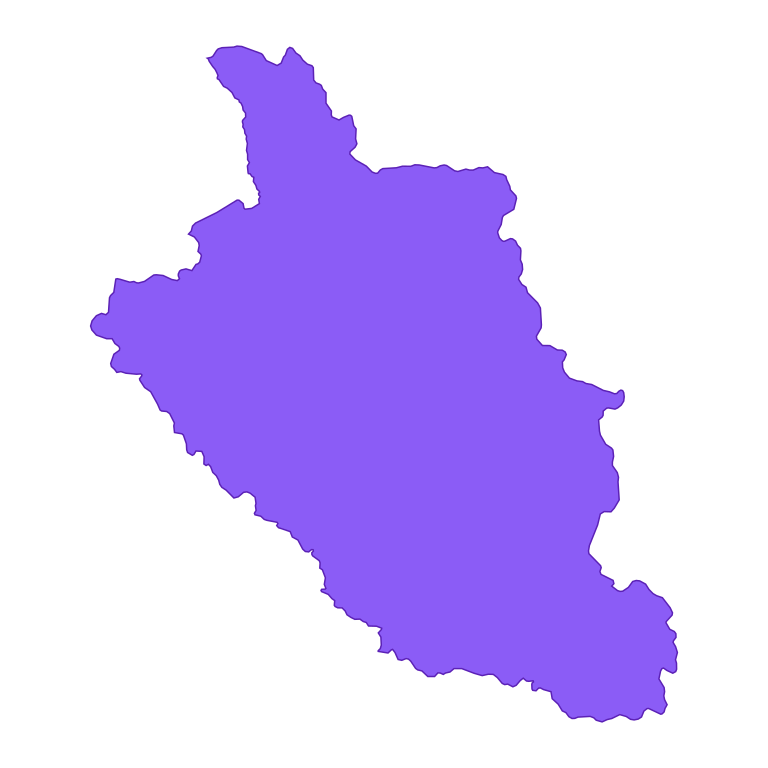 Churcampa, Huancavelica, Peru
{"feature_id": "86281439B50085873664209", "entity_name": "Churcampa", "entity_type": "district", "adm_level": 2, "iso_a3": "PER", "parent_name": "Peru", "parent_adm1": "Huancavelica", "projection": "albers", "projection_center": [-74.502, -12.598], "detail": "fine", "context": "isolated", "style": "filled", "palette": "violet", "viewbox_px": 768, "rotation_deg": 0, "n_neighbors": 0, "source": "geoboundaries", "source_scale": "gbopen_adm2", "svg_char_len": 6082}
<svg xmlns="http://www.w3.org/2000/svg" viewBox="0 0 768 768"><path d="M619.8,714.6L626.3,716.5L630.5,719.3L634.1,719.9L638.2,719.1L641.5,717.0L643.9,711.1L647.0,708.6L648.7,708.5L660.8,714.2L662.2,713.8L664.1,711.9L665.0,708.5L667.1,704.7L664.6,699.7L663.8,695.9L664.6,691.7L664.1,687.5L658.9,678.9L660.6,671.0L662.0,668.5L663.6,668.1L666.8,670.4L672.8,673.2L675.7,671.6L676.6,669.3L676.5,663.1L675.5,659.8L677.4,652.5L675.6,646.7L673.1,642.4L673.4,640.9L676.0,637.4L675.9,633.7L674.3,631.5L669.8,629.3L666.0,622.8L666.2,621.6L672.1,615.1L672.5,612.8L670.1,607.7L662.4,597.7L656.6,595.7L653.0,593.6L649.0,589.5L645.6,584.1L639.7,580.9L636.2,580.5L632.7,581.5L628.4,587.4L622.7,591.2L620.1,591.4L617.5,590.6L611.7,586.1L613.9,583.7L613.1,580.4L601.0,574.4L599.9,571.5L601.2,567.7L600.6,565.7L588.9,553.7L588.5,550.9L589.4,545.5L597.6,525.0L600.3,514.0L604.1,511.6L611.0,511.8L614.3,508.1L619.2,499.9L618.0,481.8L618.5,477.3L617.3,472.6L612.4,465.5L612.4,462.1L613.6,456.4L612.9,450.0L611.5,448.1L605.7,444.3L600.4,435.1L599.5,431.2L598.6,419.9L602.2,417.0L603.1,415.3L603.2,411.1L606.6,408.2L608.4,407.9L615.0,409.1L617.7,407.9L621.3,405.0L623.7,401.1L624.2,396.8L623.7,392.6L622.6,390.6L620.9,390.1L618.8,391.3L616.8,393.5L614.5,393.8L609.4,391.8L603.3,390.4L591.7,384.5L585.9,383.5L582.6,381.6L577.0,380.9L569.4,378.1L564.4,372.1L562.7,367.8L562.4,361.9L564.1,359.9L566.3,354.6L565.2,352.0L562.3,350.2L557.4,350.0L549.9,345.6L542.4,345.5L536.8,339.2L536.4,336.2L541.1,327.9L541.4,324.9L540.4,308.0L537.6,302.9L527.5,292.7L526.0,287.2L521.9,284.5L518.6,279.3L518.9,277.1L521.3,273.9L522.6,269.5L522.2,264.2L520.4,259.9L520.9,250.9L520.5,248.3L517.5,245.2L515.6,241.1L512.6,238.9L510.4,238.6L504.8,241.2L503.3,241.3L501.8,240.5L499.4,237.9L497.7,232.8L497.8,231.2L501.2,224.5L502.4,217.4L503.5,215.5L513.8,209.3L516.5,198.4L515.9,195.9L510.4,189.9L509.8,186.3L506.7,179.7L505.9,176.4L503.0,174.5L494.4,172.6L487.6,166.8L482.9,167.9L478.9,167.6L473.2,170.1L469.8,170.1L465.9,169.1L457.9,171.5L454.6,170.8L446.6,165.5L444.1,165.0L440.2,165.8L436.9,167.6L434.2,167.9L419.4,165.0L414.8,164.8L410.8,166.3L402.5,166.2L396.3,167.8L382.8,168.6L380.3,170.0L377.6,173.2L375.4,173.3L372.1,172.0L366.3,166.1L355.4,159.9L349.8,154.0L350.1,151.7L355.1,147.2L356.9,143.8L355.6,138.9L356.1,128.9L353.7,125.7L351.8,116.4L350.6,115.3L349.1,115.1L343.5,117.4L339.0,120.0L332.0,116.9L331.3,114.9L331.4,111.0L326.0,103.2L326.0,92.7L322.7,89.1L321.3,85.4L319.6,84.2L316.0,82.9L313.7,80.1L313.3,67.6L311.9,65.7L307.4,64.2L302.8,60.1L300.0,55.8L295.9,53.0L292.6,48.4L289.8,47.4L287.4,49.3L285.3,55.2L283.6,57.0L281.2,63.1L277.1,65.5L266.3,60.6L262.5,54.6L261.2,53.6L241.8,46.5L237.0,46.1L233.7,47.1L222.0,47.7L218.2,48.9L216.6,50.5L213.1,56.0L211.3,57.3L207.3,58.2L208.3,58.9L209.2,61.3L212.7,66.5L215.1,69.3L216.8,72.6L218.0,75.5L217.2,77.7L217.4,78.8L219.0,79.6L223.6,86.4L227.3,88.2L232.0,92.5L234.8,97.9L238.9,99.9L239.3,101.9L241.0,103.1L242.6,106.5L243.1,110.0L245.5,113.0L245.7,117.0L242.6,120.4L242.4,121.9L243.1,124.2L242.8,126.9L244.5,129.6L244.9,133.3L246.6,136.1L246.2,139.1L247.4,143.5L246.5,150.4L247.6,154.1L247.6,159.6L249.4,162.6L247.4,166.0L248.1,172.8L248.4,173.6L250.1,173.8L252.0,176.5L253.8,177.3L253.4,181.6L255.9,185.4L256.9,189.0L259.5,191.5L259.6,192.6L258.6,193.2L258.7,194.9L260.3,196.4L258.7,199.3L259.4,203.6L251.7,208.4L245.1,209.2L244.0,208.2L243.1,203.6L239.0,200.2L237.1,200.1L216.7,212.6L195.6,223.0L192.5,226.1L191.3,231.0L188.5,234.1L194.4,237.0L198.7,242.6L199.2,245.6L198.0,251.5L200.8,254.1L201.4,255.8L199.7,262.2L197.8,263.9L196.0,264.4L191.9,270.6L186.0,268.9L181.2,270.0L179.6,271.1L178.3,274.0L178.3,275.9L179.5,278.7L177.3,280.6L171.7,279.5L163.1,275.5L156.4,274.8L153.8,275.0L144.5,281.4L138.5,283.0L136.6,282.8L133.9,281.5L129.8,282.2L120.1,279.3L117.2,278.7L115.8,279.1L113.8,292.4L110.6,295.5L109.5,297.7L108.5,312.3L105.9,314.7L101.5,313.4L96.4,315.7L92.1,320.8L90.6,326.0L91.9,330.0L96.4,335.1L106.6,338.7L112.1,338.7L114.9,343.5L118.8,346.4L119.7,348.1L119.4,350.3L113.9,354.2L110.7,363.5L111.4,366.5L114.6,369.4L116.8,372.4L120.9,371.6L125.9,373.2L136.5,374.2L140.7,373.9L141.8,374.7L141.8,375.8L139.5,378.8L139.9,380.3L144.6,387.5L150.7,391.7L157.6,404.2L160.1,410.0L161.6,411.0L166.7,411.5L169.7,413.6L174.4,423.0L173.8,425.9L174.5,432.5L181.9,433.8L183.4,435.1L186.4,443.8L186.7,449.8L187.6,452.5L192.3,455.3L193.9,454.5L196.0,451.0L201.8,451.4L204.1,456.7L203.9,464.0L206.1,465.5L208.4,464.3L210.6,466.6L212.8,472.4L216.3,475.7L218.7,480.2L219.8,484.4L221.9,487.4L226.1,490.1L233.9,498.0L238.3,496.8L243.6,492.3L246.9,491.9L250.0,493.1L255.1,497.2L256.0,503.4L255.4,505.7L256.1,510.4L254.4,513.3L255.0,514.8L260.8,516.2L264.2,519.4L266.8,520.3L277.1,522.3L277.9,523.5L276.7,525.6L278.5,527.7L290.2,531.6L292.3,537.0L297.9,540.0L302.7,549.1L305.3,551.5L308.7,551.9L311.5,549.6L313.1,549.7L313.4,551.1L311.8,552.8L311.9,554.6L312.8,556.0L319.3,560.7L320.1,562.9L319.8,568.1L322.4,569.8L325.4,577.8L324.3,584.4L325.9,588.4L325.2,589.1L321.7,589.3L321.0,590.4L321.6,591.6L328.3,594.4L331.9,598.6L334.7,600.6L334.3,605.3L335.1,606.5L337.7,607.8L342.1,607.9L345.2,611.0L347.0,614.8L351.1,617.5L354.8,619.3L359.9,619.1L363.2,621.5L366.3,622.5L368.5,626.0L376.5,626.2L381.7,628.2L381.4,629.5L378.3,632.9L380.9,637.1L381.3,645.1L380.3,648.6L378.2,650.7L378.2,651.4L388.0,653.0L391.4,649.8L392.6,649.4L395.0,652.5L398.1,659.5L401.8,660.3L406.1,658.6L408.5,659.1L410.7,661.1L415.6,668.4L417.7,669.9L421.9,670.9L427.8,676.5L434.6,676.5L437.9,672.9L440.1,673.0L443.3,674.4L445.5,673.0L450.0,672.0L454.0,668.6L461.8,668.6L474.2,673.3L482.2,675.6L488.4,674.2L493.3,674.4L497.4,677.6L502.2,683.4L504.7,684.6L507.7,684.1L512.9,686.8L516.2,685.3L520.1,680.7L523.2,678.2L526.5,681.0L528.7,681.3L533.1,680.8L533.5,681.9L532.2,682.9L531.8,684.3L532.0,689.0L532.7,690.3L536.0,690.8L538.5,688.2L540.3,687.9L543.6,689.6L551.0,691.7L552.2,698.7L558.2,704.2L562.3,710.9L565.9,712.6L568.9,716.7L572.0,718.5L574.8,718.4L578.0,717.1L590.2,716.4L593.8,717.8L596.2,720.2L602.1,721.9L607.1,719.6L611.8,718.5L619.8,714.6Z" fill="#8b5cf6" stroke="#5b21b6" stroke-width="1.5"/></svg>